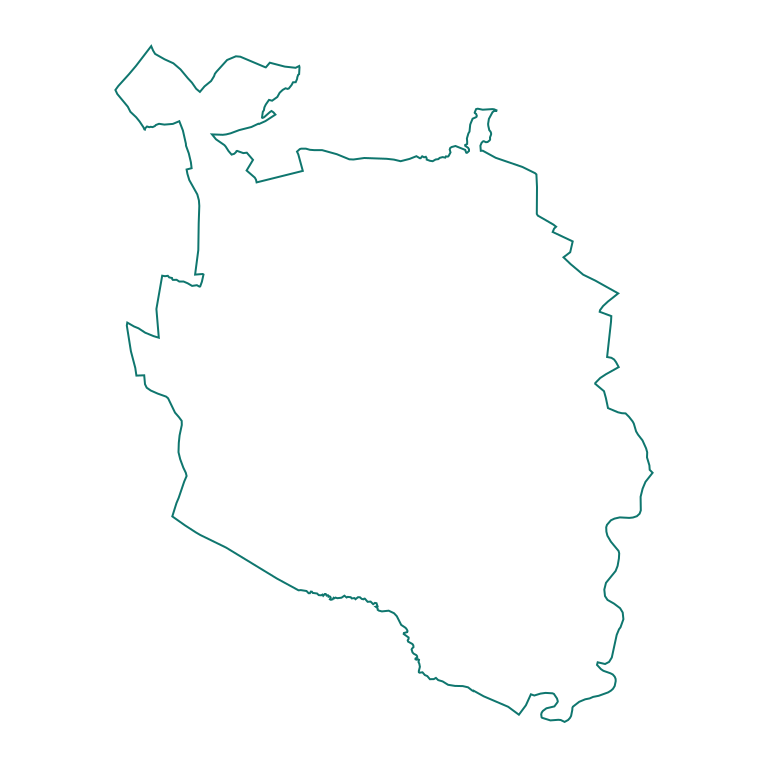 the district of Suseni, Mures, Romania
{"feature_id": "2599482B78357474584044", "entity_name": "Suseni", "entity_type": "district", "adm_level": 2, "iso_a3": "ROU", "parent_name": "Romania", "parent_adm1": "Mures", "projection": "orthographic", "projection_center": [24.705, 46.834], "detail": "fine", "context": "isolated", "style": "outline", "palette": "teal", "viewbox_px": 768, "rotation_deg": 0, "n_neighbors": 0, "source": "geoboundaries", "source_scale": "gbopen_adm2", "svg_char_len": 6083}
<svg xmlns="http://www.w3.org/2000/svg" viewBox="0 0 768 768"><path d="M652.6,472.8L649.7,469.8L649.4,465.4L647.0,457.4L647.2,452.3L646.1,448.4L642.5,440.4L638.0,434.6L636.1,431.4L633.8,423.6L632.6,421.4L629.0,416.8L625.6,413.4L621.9,413.2L618.0,412.3L608.0,408.1L605.9,398.1L604.0,391.2L595.2,383.8L595.3,383.0L600.2,378.0L606.0,374.2L618.7,367.1L616.0,362.1L614.1,359.5L611.4,357.8L607.1,357.0L611.0,321.8L611.3,316.1L599.7,311.8L600.0,310.2L603.1,306.0L608.1,301.4L618.2,293.4L595.3,280.6L583.2,274.7L570.7,264.2L563.5,257.3L570.2,252.2L572.7,241.4L552.7,232.0L554.1,228.6L556.1,226.7L553.4,224.6L537.8,215.6L536.8,213.9L537.0,187.1L536.4,174.4L535.1,173.2L522.5,167.0L495.7,157.8L482.7,150.7L480.8,150.8L480.4,145.7L481.6,142.8L483.0,141.4L483.8,141.2L485.9,142.2L487.6,142.0L489.7,140.3L490.1,139.4L490.0,137.4L491.1,134.5L491.1,133.2L490.5,131.6L489.3,130.2L488.3,125.9L488.1,123.9L488.9,118.9L492.5,112.2L494.2,110.9L496.3,111.0L496.5,110.3L494.1,109.3L492.4,109.1L482.7,109.7L477.7,108.7L476.1,109.1L474.7,112.5L474.8,113.0L476.1,113.9L476.8,115.8L476.5,116.8L475.8,117.3L472.6,118.7L470.7,123.3L470.2,124.7L469.5,131.6L468.4,133.4L466.9,138.5L467.2,142.0L467.1,144.0L465.1,145.1L465.2,145.8L468.1,147.8L469.0,149.3L469.0,151.0L467.2,152.7L466.4,152.8L466.0,152.2L465.2,149.9L455.5,146.0L451.7,147.0L450.3,147.9L449.7,149.5L450.5,152.4L448.7,155.9L447.9,156.6L445.9,156.4L445.3,157.6L442.6,157.1L439.6,157.9L438.4,159.1L435.6,159.5L432.7,161.2L430.0,160.8L426.7,159.6L426.6,158.1L425.8,156.8L424.1,157.3L422.2,156.3L420.6,158.2L419.8,158.2L416.4,156.2L409.6,158.9L400.6,161.2L393.9,159.6L386.7,158.8L364.3,158.0L353.5,159.5L349.3,159.3L336.8,154.2L322.0,150.1L313.9,150.1L309.9,149.8L306.0,148.7L301.1,148.7L299.8,149.1L297.0,151.6L298.3,154.4L302.8,170.9L256.6,182.4L256.0,179.7L254.8,177.6L246.6,170.5L253.0,159.9L246.8,152.7L243.3,153.1L237.1,150.9L236.5,151.1L236.0,152.1L234.2,153.8L231.6,154.6L228.5,151.0L225.7,146.6L224.4,145.1L216.0,139.3L212.0,134.4L222.8,134.8L226.2,134.4L230.6,133.3L239.2,130.1L251.4,127.0L258.4,123.7L259.0,124.0L265.4,121.1L275.4,114.6L273.5,112.4L271.5,111.0L270.1,111.9L264.0,117.3L262.6,117.9L262.0,117.6L262.8,111.9L263.9,110.2L264.4,107.4L265.8,104.5L269.0,99.9L272.1,100.7L277.3,97.0L279.7,92.7L282.7,89.9L285.5,88.3L287.6,88.9L288.8,88.5L291.6,85.0L293.0,82.3L295.7,82.2L297.1,78.9L297.3,77.3L298.2,74.8L299.1,74.2L299.5,67.2L299.2,66.0L295.6,67.8L284.8,66.6L269.8,62.7L265.9,67.3L265.4,67.3L240.3,56.7L235.9,56.3L227.1,60.0L216.5,71.7L214.9,73.8L214.0,76.3L211.1,81.0L204.5,86.4L199.9,91.9L196.2,88.8L191.9,82.6L187.9,78.3L180.5,69.4L173.4,63.3L164.6,59.3L155.1,53.9L153.1,50.6L151.2,46.1L136.0,65.9L128.9,74.3L118.3,86.0L115.4,90.0L117.3,94.0L127.8,106.7L130.4,111.8L136.2,117.3L139.6,121.5L143.4,127.2L144.4,129.4L144.9,129.6L145.2,128.3L147.0,126.5L149.3,127.2L150.7,126.8L152.6,127.1L154.8,126.1L155.9,125.0L159.0,123.8L164.4,124.6L172.9,123.9L179.3,121.2L182.9,130.5L185.9,143.8L186.0,145.7L188.8,153.4L190.9,162.3L191.6,168.2L186.6,169.5L187.4,173.8L189.3,180.1L197.3,194.4L198.9,200.3L199.3,205.9L198.7,223.3L198.3,250.1L195.1,274.6L202.7,274.0L203.5,274.5L201.9,281.7L200.2,286.4L199.4,286.6L196.9,285.2L192.1,285.9L187.7,283.3L183.5,281.5L179.2,281.5L176.6,279.8L172.9,279.9L172.3,279.3L172.0,278.0L169.2,277.4L167.8,275.8L165.0,276.2L162.2,275.7L156.4,309.0L158.8,337.7L153.5,336.1L145.2,332.7L138.5,328.3L134.1,326.5L127.3,322.6L126.8,325.5L130.9,351.2L135.3,368.0L136.4,375.6L144.2,375.3L145.0,384.2L146.7,387.7L150.7,390.5L157.7,393.6L166.1,396.6L168.1,398.3L175.0,412.6L178.9,417.1L181.7,420.9L181.8,425.0L179.6,435.3L178.8,442.8L178.5,452.2L180.2,459.2L183.3,467.6L185.8,472.8L186.6,476.0L184.2,481.6L178.7,497.8L176.5,503.0L172.3,516.4L184.9,525.3L195.7,532.3L200.3,535.0L226.1,547.6L277.0,578.6L298.5,590.3L300.8,590.1L306.5,591.0L308.6,593.2L309.9,593.2L310.8,591.6L311.9,591.7L312.7,592.9L317.1,593.5L318.7,595.1L321.1,595.3L322.5,594.6L323.2,595.8L324.8,594.0L325.7,594.0L326.6,595.6L327.8,595.2L328.1,595.3L328.5,596.7L329.4,596.3L330.2,596.7L330.7,597.8L329.9,599.3L330.9,599.8L332.7,599.3L333.6,597.8L334.3,598.3L335.4,597.6L337.4,598.2L341.5,597.7L344.4,595.7L346.6,597.5L347.7,596.9L350.7,597.2L351.7,598.4L354.5,598.1L355.5,599.2L358.0,597.2L360.0,597.3L361.7,598.9L363.4,599.3L364.3,598.6L364.9,598.7L367.6,601.8L370.6,601.6L373.2,604.2L374.9,602.9L376.5,603.2L377.5,606.2L375.7,606.7L377.6,608.2L377.7,609.8L378.8,610.6L381.9,611.4L388.7,610.7L394.0,613.2L396.8,616.2L401.2,624.9L405.1,627.5L406.2,628.5L407.3,630.4L407.5,631.1L407.2,632.1L403.9,633.0L403.7,634.0L408.6,637.5L408.6,638.9L407.7,640.3L408.1,641.6L412.4,644.0L413.3,645.3L413.5,647.1L412.0,648.6L411.6,649.5L412.5,652.4L413.7,653.7L416.3,655.1L417.1,656.2L417.2,657.4L415.5,658.5L415.5,659.3L416.5,659.7L418.2,659.3L419.0,659.8L418.5,662.0L419.3,663.7L419.9,666.8L418.8,671.1L418.9,672.3L419.6,672.7L422.5,672.3L424.8,675.0L427.3,676.1L429.9,679.2L433.8,679.1L435.9,677.9L438.2,680.1L442.6,681.4L448.1,684.8L454.9,685.9L462.8,686.1L468.0,687.3L472.2,690.5L473.4,691.1L473.6,690.7L483.7,696.3L508.2,706.8L518.9,714.7L525.9,705.3L530.9,694.3L534.3,695.5L540.5,693.6L545.5,692.9L552.4,693.3L553.9,693.9L557.0,698.5L557.8,701.3L557.5,702.2L554.4,706.4L546.4,708.3L542.9,710.9L541.7,712.6L541.2,714.4L541.6,717.3L542.1,717.8L550.4,720.4L558.3,719.8L560.7,720.0L564.6,721.9L568.1,720.0L570.0,717.9L571.1,715.9L572.3,709.9L572.4,707.9L572.9,706.7L579.2,701.8L585.2,699.3L589.7,698.4L593.1,696.9L598.7,695.8L608.1,692.4L611.0,690.6L613.0,688.8L614.7,686.0L615.7,681.1L615.6,678.9L614.7,676.7L612.8,674.5L610.5,673.3L603.4,670.8L600.9,669.1L597.0,664.9L597.7,662.3L605.1,664.0L609.1,661.9L611.8,657.5L616.7,634.9L619.0,629.3L620.5,627.3L623.4,619.2L622.7,612.5L620.1,608.2L614.0,603.6L607.5,599.9L605.0,596.1L604.3,589.6L606.0,582.8L615.6,571.0L617.6,565.9L618.9,558.6L619.2,553.4L618.6,551.0L610.9,541.7L607.4,535.7L606.4,531.7L606.2,527.3L607.0,524.8L610.9,520.3L614.5,518.6L619.8,517.4L629.4,517.9L633.0,517.5L636.9,516.2L639.6,513.7L640.8,510.4L640.6,496.8L642.6,488.7L645.5,481.8L652.6,472.8Z" fill="none" stroke="#0f766e" stroke-width="2"/></svg>